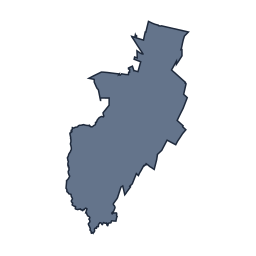 Mineral de la Reforma, Hidalgo, Mexico, rotated 185°
{"feature_id": "50627088B38454753665522", "entity_name": "Mineral de la Reforma", "entity_type": "district", "adm_level": 2, "iso_a3": "MEX", "parent_name": "Mexico", "parent_adm1": "Hidalgo", "projection": "equal_earth", "projection_center": [-98.711, 20.061], "detail": "fine", "context": "isolated", "style": "filled", "palette": "slate", "viewbox_px": 256, "rotation_deg": 185, "n_neighbors": 0, "source": "geoboundaries", "source_scale": "gbopen_adm2", "svg_char_len": 5643}
<svg xmlns="http://www.w3.org/2000/svg" viewBox="0 0 256 256"><g transform="rotate(185 128 128)"><path d="M184.5,62.5L183.9,61.9L183.7,61.6L183.5,60.7L183.4,60.4L183.4,59.7L183.3,59.3L183.0,59.0L182.0,58.5L181.7,57.9L181.6,57.7L181.4,57.4L180.8,57.2L180.5,57.2L179.0,56.9L178.8,55.9L178.5,54.9L177.4,53.3L177.2,52.8L177.2,52.3L178.1,50.6L178.1,50.2L177.8,49.5L177.3,49.0L176.8,48.7L176.6,48.4L176.9,46.9L176.9,46.5L175.2,45.6L174.3,45.3L173.4,45.2L173.4,44.5L173.5,44.1L173.5,43.0L173.3,42.9L173.0,42.7L170.9,42.3L170.1,42.7L169.5,42.8L168.7,43.1L168.3,43.2L168.1,43.0L168.0,42.6L167.7,42.4L167.0,42.5L166.8,42.4L166.5,41.9L166.1,41.7L165.8,41.8L165.6,42.1L165.3,42.9L165.2,43.0L164.6,42.8L164.4,42.9L164.2,43.4L164.0,43.6L163.5,44.3L163.1,44.5L162.6,44.3L162.2,44.0L161.8,43.8L162.8,39.7L161.8,39.6L161.7,39.1L161.5,38.5L161.0,37.9L160.6,37.0L159.7,36.7L159.0,36.3L158.4,35.8L158.2,35.4L158.3,34.9L158.4,34.6L158.8,34.2L159.0,33.8L158.7,33.4L158.2,33.0L157.9,32.0L157.8,31.4L158.1,30.6L159.1,29.3L159.1,28.7L158.6,27.7L158.2,27.2L157.1,25.1L156.8,24.6L156.8,24.0L156.9,23.4L157.0,23.2L156.9,22.9L156.0,22.1L155.1,20.7L155.4,20.8L155.6,20.8L155.6,20.6L155.5,20.2L155.2,20.0L154.7,20.1L154.2,20.7L153.9,20.8L153.6,20.8L153.5,20.6L153.4,20.4L153.2,20.8L152.8,21.3L152.5,21.8L152.3,22.5L152.3,22.9L152.6,24.1L152.6,24.5L152.4,24.9L152.0,25.3L151.8,25.5L151.4,25.5L151.1,25.3L150.8,25.3L150.7,25.4L150.6,25.6L150.6,26.8L150.5,27.0L150.3,27.1L149.2,27.0L148.9,27.3L148.9,27.6L149.0,28.4L149.0,29.3L148.7,29.8L148.1,30.6L148.0,30.9L147.8,31.2L146.9,31.2L146.0,30.4L145.5,29.6L145.2,29.5L144.8,30.2L144.5,31.1L144.2,31.6L143.9,31.7L143.3,31.4L142.9,31.2L142.4,31.1L142.0,31.2L141.2,31.5L141.0,31.4L140.8,31.3L140.7,31.2L140.8,30.5L140.8,30.2L140.6,29.8L140.5,29.5L140.2,29.1L139.8,28.9L139.6,29.0L139.5,30.1L139.3,30.7L139.2,31.1L138.8,31.6L138.4,31.8L137.6,31.8L137.0,32.0L136.8,32.1L136.7,32.2L136.6,32.4L136.6,33.1L136.5,33.7L136.3,34.0L136.1,34.1L135.6,34.1L133.9,34.1L131.9,34.2L131.5,37.9L131.1,38.8L131.5,39.1L131.6,39.6L131.7,40.4L131.8,40.4L131.8,41.6L131.9,42.1L132.2,42.3L132.4,42.4L134.0,42.1L134.5,42.2L135.3,42.0L135.5,41.8L135.9,41.3L136.1,41.1L136.5,41.2L136.6,41.3L136.6,41.7L136.6,42.1L136.4,42.3L135.9,42.9L135.3,43.5L135.0,44.0L134.1,47.0L134.0,47.4L134.0,47.7L134.1,48.0L134.5,48.9L134.7,49.2L135.6,50.0L135.8,50.4L136.0,50.8L136.0,51.1L135.9,51.5L133.0,56.3L132.4,57.6L130.0,68.0L129.9,68.4L129.7,68.7L129.4,68.9L128.2,69.8L127.0,66.2L125.4,61.2L124.3,62.9L123.7,64.1L120.4,69.5L121.2,70.1L118.9,72.7L115.7,83.3L113.5,81.5L112.5,84.3L111.3,86.7L110.4,88.8L109.0,91.9L108.4,91.7L107.5,93.1L107.0,92.8L106.7,94.0L104.1,92.4L103.7,92.0L102.8,91.4L101.3,90.7L98.3,89.0L96.7,98.8L96.4,103.3L96.4,104.2L92.4,108.7L91.9,110.0L88.0,119.3L81.4,116.5L79.0,115.5L77.4,119.3L75.3,123.1L73.3,126.9L71.7,129.2L70.2,131.3L73.7,134.0L73.3,135.0L79.7,139.8L78.2,143.8L76.6,147.9L74.8,152.4L71.6,163.4L75.5,166.4L74.0,177.1L75.1,177.8L74.8,178.5L75.1,178.7L77.3,180.3L84.6,185.8L85.9,186.8L87.6,188.0L89.7,189.6L85.6,198.7L85.3,195.7L84.0,198.1L83.9,198.1L80.5,204.6L81.1,210.8L82.1,210.6L81.7,212.2L81.1,217.4L80.6,220.9L79.8,224.5L76.2,228.9L103.5,232.7L104.6,232.4L106.6,232.6L106.8,233.1L110.2,233.7L113.2,234.6L116.9,236.0L117.8,230.3L118.6,225.0L119.2,225.1L119.7,221.4L120.2,216.9L127.5,218.5L127.4,220.5L128.7,221.3L128.8,221.5L129.1,218.9L132.3,219.6L132.0,219.0L130.5,217.2L125.6,210.8L119.6,203.3L119.6,203.0L120.5,203.1L122.1,203.6L125.8,205.7L124.9,198.7L127.6,199.3L127.9,197.0L121.1,195.1L123.0,185.0L126.9,185.7L127.1,185.6L129.0,190.0L132.8,187.8L132.8,187.7L132.6,186.8L131.4,186.5L131.3,183.7L132.2,183.6L132.2,181.2L134.9,181.1L139.2,181.4L139.8,180.6L140.4,180.0L140.9,180.2L141.6,180.1L141.5,181.0L141.8,180.7L141.7,181.1L145.9,181.2L153.3,181.5L157.1,181.5L159.4,181.4L166.6,177.1L171.3,174.1L166.0,173.5L165.9,173.3L165.6,170.7L163.2,166.3L162.2,164.7L161.0,163.7L160.9,163.5L160.2,161.3L157.8,153.1L157.7,153.1L158.0,155.5L149.4,156.2L148.8,149.0L154.2,141.0L154.2,140.9L153.5,138.5L153.3,138.3L153.1,137.8L153.4,137.0L153.5,137.0L154.3,137.0L154.9,137.1L155.3,137.2L156.4,136.6L157.7,135.7L158.5,134.5L159.1,133.7L159.5,132.8L159.8,131.5L160.0,131.0L160.8,130.8L160.9,130.2L160.8,129.7L160.7,129.5L160.6,129.4L160.9,128.6L161.1,128.2L162.2,127.5L163.5,126.2L164.7,125.9L165.0,125.9L165.3,126.0L165.5,126.1L165.6,126.5L165.8,126.6L166.5,126.6L166.5,126.8L166.7,127.3L167.0,127.1L167.8,127.1L168.4,127.0L169.9,127.0L170.2,127.1L171.5,127.2L172.3,127.5L172.9,127.4L173.3,127.2L173.6,127.2L173.9,127.1L174.1,126.9L174.6,126.8L175.0,126.7L175.3,126.6L176.5,126.5L177.5,126.0L177.9,125.5L178.1,125.0L178.9,124.5L180.1,124.2L180.6,124.2L181.6,123.4L182.2,123.2L182.9,123.4L183.3,123.6L183.5,123.6L183.4,121.9L183.4,121.4L183.6,121.1L184.2,121.0L184.5,119.8L184.3,119.5L183.9,119.4L183.8,119.6L183.6,119.4L184.0,118.9L184.5,118.5L184.9,118.2L185.0,117.9L185.4,117.8L185.2,116.6L184.6,114.7L184.2,113.1L184.3,112.5L184.0,112.0L183.9,111.5L183.7,110.1L183.7,109.5L183.7,109.1L183.8,108.5L184.0,107.6L183.9,106.7L183.4,105.6L182.7,103.3L182.6,101.4L183.1,100.5L183.3,99.5L183.5,99.0L184.0,98.4L184.1,97.7L184.6,97.1L184.8,96.4L185.0,94.9L185.2,94.2L185.4,93.8L185.6,93.7L185.8,93.0L185.1,90.9L185.0,90.2L184.7,89.9L184.5,89.5L184.5,89.0L184.6,88.6L184.8,87.8L184.7,86.1L184.6,85.4L184.5,85.2L184.1,85.4L184.0,85.2L184.1,84.1L183.5,83.9L183.4,83.7L183.3,82.2L183.2,81.4L183.2,80.8L183.6,80.1L183.8,79.7L183.5,77.8L183.2,77.4L183.1,77.1L182.9,76.8L182.9,76.4L182.7,76.0L182.0,75.3L181.9,74.9L182.6,73.1L183.4,71.6L184.2,70.7L184.7,69.9L184.5,69.6L184.5,62.7L184.5,62.5Z" fill="#64748b" stroke="#1e293b" stroke-width="1.5"/></g></svg>